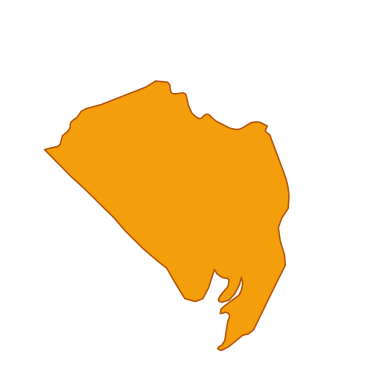 SVG path tracing the border of Cà Mau, rotated 312°
{"feature_id": "VNM-507", "entity_name": "Cà Mau", "entity_type": "Province", "adm_level": 1, "iso_a3": "VNM", "parent_name": "Vietnam", "parent_adm1": "", "projection": "albers", "projection_center": [105.046, 9.05], "detail": "fine", "context": "isolated", "style": "filled", "palette": "amber", "viewbox_px": 384, "rotation_deg": 312, "n_neighbors": 0, "source": "natural_earth", "source_scale": "10m", "svg_char_len": 1622}
<svg xmlns="http://www.w3.org/2000/svg" viewBox="0 0 384 384"><g transform="rotate(312 192 192)"><path d="M291.3,203.9L287.7,204.9L286.3,206.0L286.1,207.4L286.5,210.5L286.3,211.9L265.4,251.9L260.2,259.7L254.0,266.6L244.3,274.4L232.5,276.2L223.3,280.0L214.9,290.0L207.0,303.0L200.0,310.4L181.2,315.5L131.0,329.9L124.4,328.9L122.7,327.9L121.4,326.7L119.3,325.5L101.7,322.8L95.0,320.3L93.5,319.4L92.7,316.2L94.9,315.5L98.3,316.7L103.7,315.7L117.5,306.6L120.5,304.8L123.1,304.0L125.1,302.9L126.2,299.9L124.8,297.1L121.9,295.6L120.7,294.3L124.4,292.0L128.0,292.2L146.6,295.9L150.6,295.0L155.3,292.7L159.2,289.6L161.1,286.2L154.4,289.4L145.4,291.8L136.6,291.9L130.2,288.1L128.8,285.0L130.0,283.4L133.3,282.6L137.9,282.1L144.7,282.1L146.7,281.6L151.5,278.2L151.5,276.4L148.7,271.6L147.9,265.9L149.4,260.6L131.5,268.5L119.9,271.4L112.8,267.7L108.0,258.1L111.1,247.2L114.2,237.2L118.5,224.2L117.7,213.3L117.2,193.3L118.4,168.5L120.6,151.3L122.5,109.4L122.6,92.1L124.5,59.7L124.9,54.1L125.0,54.1L135.9,61.6L137.2,62.1L139.5,62.0L147.2,58.1L153.6,59.0L156.9,58.7L159.1,57.9L160.5,56.4L162.9,55.4L165.8,55.6L170.3,56.6L178.2,55.8L183.0,57.5L196.2,66.0L239.1,87.5L250.1,90.7L257.1,100.2L257.2,101.8L256.5,104.3L254.3,106.4L252.0,109.8L252.2,112.1L254.3,114.5L257.4,116.9L260.0,119.7L260.5,121.6L259.5,123.8L256.9,127.1L253.8,131.8L250.5,139.0L250.5,144.6L251.1,147.8L252.4,149.2L253.9,149.8L255.6,149.7L257.3,149.9L258.9,150.3L260.5,151.8L260.9,154.0L260.6,156.7L260.7,162.3L264.6,177.0L267.2,181.9L270.2,185.2L273.8,186.7L283.4,189.6L287.9,193.7L289.7,196.8L291.3,203.9Z" fill="#f59e0b" stroke="#b45309" stroke-width="1.5"/></g></svg>